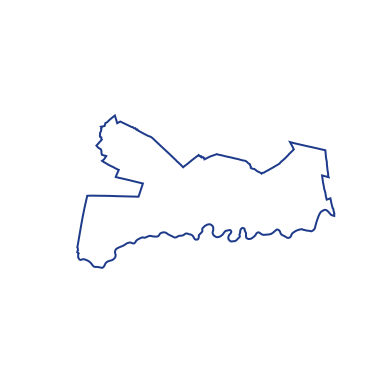 Gavojdia, Timis, Romania (Robinson projection), rotated 141°
{"feature_id": "2599482B38045497727994", "entity_name": "Gavojdia", "entity_type": "district", "adm_level": 2, "iso_a3": "ROU", "parent_name": "Romania", "parent_adm1": "Timis", "projection": "robinson", "projection_center": [22.005, 45.609], "detail": "fine", "context": "isolated", "style": "outline", "palette": "blue", "viewbox_px": 384, "rotation_deg": 141, "n_neighbors": 0, "source": "geoboundaries", "source_scale": "gbopen_adm2", "svg_char_len": 5973}
<svg xmlns="http://www.w3.org/2000/svg" viewBox="0 0 384 384"><g transform="rotate(141 192 192)"><path d="M178.6,122.2L178.2,120.8L177.7,119.9L176.4,119.0L175.2,118.5L173.2,118.3L172.3,118.3L170.4,118.4L169.7,118.6L167.9,119.3L166.5,119.2L166.0,119.0L165.4,118.5L165.2,117.9L165.0,117.3L164.8,116.4L164.5,115.3L164.0,114.5L163.3,113.6L160.1,111.4L158.6,110.4L157.6,110.0L156.7,109.6L154.5,109.4L150.7,109.5L149.6,109.4L149.3,109.1L148.6,108.1L148.5,107.4L148.5,106.0L148.9,104.8L149.2,104.1L149.3,103.1L149.1,102.2L148.9,101.5L148.0,99.8L146.8,96.5L146.4,96.0L145.9,95.6L145.1,95.3L144.3,95.1L143.6,95.2L142.8,95.5L142.0,95.9L141.4,96.3L140.4,96.7L138.7,96.7L136.4,96.5L135.3,96.3L134.0,95.9L132.0,95.1L130.9,94.5L129.8,93.8L129.4,92.7L129.1,92.3L128.5,91.7L127.1,89.8L125.5,88.2L124.9,87.5L124.5,86.9L124.0,86.4L123.3,86.2L122.5,86.0L121.7,86.0L120.9,86.0L120.1,86.2L119.2,86.6L117.4,88.0L113.9,90.5L111.3,92.1L110.2,92.8L107.5,94.3L105.3,95.2L104.6,95.3L103.7,95.4L101.2,95.0L100.5,94.8L99.8,94.4L98.8,92.9L98.5,91.2L98.4,89.5L98.4,87.8L98.3,86.8L98.1,86.3L97.6,85.4L96.5,83.9L96.1,84.4L95.8,84.8L95.2,85.4L95.3,85.5L94.9,85.9L94.2,87.2L93.6,88.7L93.2,89.5L92.9,89.8L92.7,90.2L92.7,90.6L92.7,90.9L92.8,91.0L92.5,91.7L91.1,94.8L88.4,100.0L90.0,100.5L92.1,101.3L90.6,104.6L89.7,106.0L89.4,106.5L88.0,109.3L87.7,110.4L83.9,117.4L82.1,120.4L80.5,123.0L76.5,117.5L76.1,118.5L75.7,119.4L74.7,120.5L73.3,123.1L70.6,127.3L69.2,129.4L68.3,130.5L66.4,134.1L62.1,140.5L69.6,150.1L73.4,154.8L81.4,165.0L84.4,169.1L85.5,163.3L86.1,161.0L91.2,160.5L92.2,160.5L93.4,160.2L98.4,159.6L103.0,159.4L103.2,159.5L106.3,159.0L113.2,160.0L122.4,161.6L124.3,161.9L124.6,162.1L125.3,162.6L126.3,162.5L126.3,162.8L127.1,164.8L128.2,167.0L129.0,170.4L129.2,170.8L129.8,171.4L131.0,173.1L131.1,173.3L131.1,173.7L131.1,173.9L130.4,174.5L130.2,175.6L130.1,175.9L130.1,176.1L129.9,176.3L129.8,176.5L129.6,177.3L129.6,177.5L130.0,178.1L130.3,180.0L130.4,181.2L130.8,182.3L131.6,183.5L132.6,184.5L136.1,189.4L136.4,189.8L136.7,190.0L140.8,195.4L142.7,197.6L146.2,202.3L147.7,204.0L148.6,205.3L148.7,205.7L155.3,208.1L161.5,209.5L161.2,209.9L161.2,210.1L161.6,210.5L161.3,211.1L161.2,211.3L161.5,212.0L162.2,212.4L162.1,212.5L162.7,212.8L163.0,213.2L162.9,213.7L162.4,213.8L162.3,214.0L162.5,214.3L163.2,214.6L163.4,215.0L163.6,215.2L163.6,215.4L163.4,215.8L163.6,216.3L163.6,216.6L164.9,216.5L165.1,216.6L168.6,216.7L172.8,216.8L173.0,216.7L175.7,216.8L176.5,216.7L181.0,216.8L181.6,216.9L183.3,216.8L183.6,220.2L183.9,222.1L184.1,224.0L184.3,224.5L184.5,227.0L185.7,236.4L187.3,247.6L188.8,258.9L189.3,260.8L190.9,263.4L193.7,269.9L195.4,274.1L195.2,274.4L195.7,275.0L195.4,275.4L195.7,275.7L196.1,276.1L195.9,277.2L196.9,277.9L197.2,279.7L197.9,280.3L203.4,291.9L206.8,292.5L203.8,300.0L209.7,300.0L211.5,299.9L213.9,299.6L214.6,299.7L215.8,300.1L218.4,298.3L221.7,300.0L221.7,298.9L222.1,298.8L222.3,298.6L222.5,298.4L222.9,298.4L223.0,298.2L223.0,297.8L223.8,297.2L224.3,296.6L226.2,295.8L226.8,295.2L227.1,294.6L227.4,294.2L228.1,293.8L228.4,293.5L228.6,293.0L228.7,292.5L228.3,292.0L228.1,291.5L228.2,291.3L228.6,290.9L229.0,290.4L229.1,289.6L229.5,289.7L230.1,289.3L237.1,288.2L237.0,285.5L236.0,282.6L236.0,282.4L236.2,281.7L236.8,280.5L238.0,279.1L238.1,278.8L238.2,278.3L238.5,277.4L236.0,273.9L236.5,273.7L239.6,272.8L240.4,272.7L242.3,272.8L241.9,271.4L241.6,270.4L241.3,269.9L240.8,268.5L239.8,265.7L238.5,262.8L237.5,260.9L236.7,258.7L236.0,257.3L235.3,255.7L235.0,255.3L239.6,252.9L241.8,251.7L241.0,250.5L239.0,247.9L238.3,247.1L232.3,239.4L231.9,238.8L224.8,229.5L236.5,222.0L253.2,236.2L258.1,240.5L272.5,252.5L275.8,255.0L285.8,247.1L292.9,241.2L298.4,236.5L314.1,222.7L315.9,221.3L315.9,220.7L316.1,220.3L316.3,219.9L316.8,219.3L317.1,218.6L317.3,218.6L319.1,217.5L318.8,216.3L318.7,215.7L319.4,215.6L319.8,214.9L320.7,214.0L321.5,213.0L321.8,211.8L321.9,210.7L321.8,210.0L321.4,209.4L320.6,209.0L319.3,208.5L318.4,207.9L317.4,206.5L316.6,205.0L315.9,203.5L315.4,201.5L315.3,199.7L315.4,197.6L315.3,196.5L315.0,195.4L314.2,194.5L312.9,193.5L311.2,191.6L310.2,190.3L309.6,189.7L308.9,189.4L308.0,189.4L306.5,189.8L304.8,190.7L303.6,191.1L302.6,191.2L300.6,190.9L296.8,189.3L295.5,189.2L294.2,189.2L293.0,189.5L292.1,190.0L290.8,191.3L290.3,192.7L289.5,194.1L287.8,195.1L287.2,195.3L286.3,195.4L283.7,194.9L280.4,193.9L278.6,193.4L275.6,193.2L274.0,192.8L271.9,191.8L271.1,190.7L270.3,189.2L269.6,188.6L268.4,188.5L267.3,188.7L266.2,189.2L264.8,189.3L262.8,189.0L260.2,188.4L259.5,188.1L258.7,187.6L258.1,186.8L257.3,186.1L255.4,185.5L253.6,185.0L252.4,184.5L251.5,183.6L249.9,181.6L248.2,180.1L247.1,179.3L246.0,179.0L245.3,179.0L244.5,179.2L243.7,179.6L242.8,179.7L241.8,179.6L241.1,179.4L239.9,178.8L239.0,178.2L238.0,176.9L237.6,175.8L237.4,174.8L236.7,173.0L235.9,171.4L234.3,167.8L233.4,167.0L232.4,166.6L230.7,166.4L229.1,165.8L228.0,164.9L226.9,164.3L226.0,163.9L223.1,163.7L222.1,163.0L221.3,161.9L220.8,161.0L219.8,159.8L219.2,158.6L219.0,157.7L219.1,156.6L219.4,154.7L219.5,153.7L219.2,152.8L218.3,152.1L217.6,151.6L216.8,151.6L215.9,152.0L215.0,152.8L214.3,153.7L213.6,154.2L210.6,154.5L209.0,154.8L208.4,155.2L207.9,155.9L207.4,156.8L206.7,157.2L203.6,157.5L202.6,157.4L200.9,157.1L199.4,156.4L198.4,155.7L197.8,154.4L197.4,152.9L197.5,151.9L198.1,150.7L198.7,149.9L199.8,148.8L201.6,147.5L202.1,146.3L202.4,145.3L202.4,144.2L201.5,141.7L200.7,140.9L199.5,140.2L198.3,139.8L196.3,139.6L195.2,139.6L191.3,140.6L190.1,140.5L189.4,140.2L188.5,139.7L186.5,138.6L186.2,138.0L186.1,137.5L186.3,136.8L186.5,136.3L187.1,135.9L188.6,135.4L190.2,135.2L191.5,134.5L192.7,133.6L193.1,132.6L193.4,131.8L193.3,130.7L193.1,129.8L192.7,128.9L191.6,128.1L190.6,127.6L189.9,127.0L188.7,126.6L187.6,126.6L185.1,126.9L183.8,127.0L182.9,127.2L182.5,127.8L182.1,128.9L180.8,129.7L179.8,130.5L179.0,131.4L178.2,132.0L177.0,132.5L175.5,132.4L175.1,132.0L174.5,131.1L174.5,129.9L175.2,129.1L175.9,126.0L177.3,124.4L178.2,123.1L178.6,122.2Z" fill="none" stroke="#1e3a8a" stroke-width="2"/></g></svg>